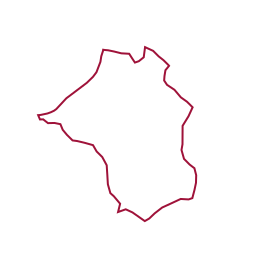 the district of Phyongsan, Hwanghae-bukto, North Korea, rotated 114°
{"feature_id": "82179303B46729479227191", "entity_name": "Phyongsan", "entity_type": "district", "adm_level": 2, "iso_a3": "PRK", "parent_name": "North Korea", "parent_adm1": "Hwanghae-bukto", "projection": "mercator", "projection_center": [126.356, 38.335], "detail": "fine", "context": "isolated", "style": "outline", "palette": "rose", "viewbox_px": 256, "rotation_deg": 114, "n_neighbors": 0, "source": "geoboundaries", "source_scale": "gbopen_adm2", "svg_char_len": 1060}
<svg xmlns="http://www.w3.org/2000/svg" viewBox="0 0 256 256"><g transform="rotate(114 128 128)"><path d="M208.8,102.9L203.2,97.0L203.3,89.6L206.2,74.8L202.1,71.8L195.1,68.9L186.7,64.4L178.3,57.0L171.4,51.0L168.6,43.6L165.9,40.7L157.4,42.1L150.4,43.6L143.4,46.5L137.7,51.0L137.4,52.4L136.3,56.9L133.4,64.3L126.3,70.2L120.7,71.6L103.8,79.0L92.6,77.5L82.8,77.4L80.0,84.8L78.5,92.2L74.2,101.1L72.7,109.9L69.9,114.3L65.7,115.8L60.0,117.3L54.5,115.8L54.0,116.8L51.6,123.2L50.1,129.1L47.3,136.4L47.2,145.3L57.0,142.4L62.6,145.3L65.4,148.3L62.6,152.7L59.7,157.1L62.5,164.5L63.8,171.9L65.1,177.8L66.2,181.0L66.6,182.5L67.7,182.2L73.3,181.6L78.8,180.1L89.8,179.5L95.5,180.8L103.5,184.0L125.9,196.4L139.9,201.2L142.3,202.6L145.0,204.9L147.5,207.5L151.5,213.0L152.8,215.3L156.0,211.9L154.6,209.0L156.1,203.1L153.3,197.2L152.0,191.3L156.2,186.9L159.1,181.0L161.9,173.6L160.6,169.2L159.2,161.8L157.9,153.0L162.2,147.1L165.0,139.7L170.7,132.3L179.1,127.9L187.6,123.5L194.7,117.6L196.1,113.2L200.4,104.4L208.8,102.9Z" fill="none" stroke="#9f1239" stroke-width="2"/></g></svg>